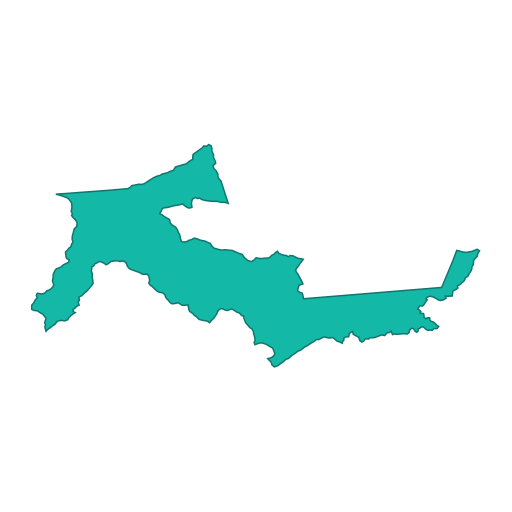 outline of Pilar de Goiás, Goiás, Brazil, rotated 91°
{"feature_id": "56859067B30351228728682", "entity_name": "Pilar de Goiás", "entity_type": "district", "adm_level": 2, "iso_a3": "BRA", "parent_name": "Brazil", "parent_adm1": "Goiás", "projection": "robinson", "projection_center": [-49.514, -14.535], "detail": "fine", "context": "isolated", "style": "filled", "palette": "teal", "viewbox_px": 512, "rotation_deg": 91, "n_neighbors": 0, "source": "geoboundaries", "source_scale": "gbopen_adm2", "svg_char_len": 6086}
<svg xmlns="http://www.w3.org/2000/svg" viewBox="0 0 512 512"><g transform="rotate(91 256 256)"><path d="M246.9,32.6L245.4,34.9L246.3,37.1L247.5,39.7L248.6,45.0L248.6,48.5L248.0,50.7L247.3,53.1L246.9,55.4L258.1,59.4L284.2,69.8L293.7,165.1L297.9,207.7L295.9,208.1L293.9,208.6L292.0,209.5L291.7,211.5L290.1,213.8L288.3,213.6L286.4,212.9L284.7,212.7L283.0,208.6L280.8,209.6L274.3,213.2L271.8,215.1L269.8,216.1L267.8,215.5L265.6,213.6L262.9,212.0L260.3,210.0L258.5,208.7L257.9,210.7L257.8,213.2L256.9,215.5L255.3,218.7L254.9,221.7L256.2,223.8L255.0,225.5L254.8,227.6L254.1,230.5L252.9,233.3L250.9,234.7L252.3,236.6L253.9,238.1L255.1,240.4L256.6,241.7L257.9,243.5L257.9,246.5L258.5,250.8L258.2,253.8L257.7,255.8L259.8,257.7L261.6,260.3L260.8,263.9L258.2,267.2L256.3,268.7L254.7,269.7L253.7,273.0L252.3,276.4L250.9,279.7L250.6,283.1L250.3,286.9L250.7,290.6L249.9,294.2L248.9,298.1L246.7,300.4L244.2,301.9L243.0,305.1L241.9,307.4L241.5,310.2L240.8,313.0L239.9,314.9L239.2,318.0L240.9,321.1L241.4,323.1L242.6,325.0L243.4,329.1L242.5,331.1L238.7,332.1L235.8,332.7L233.8,334.1L231.6,334.8L229.9,335.9L228.4,337.0L227.0,339.6L224.8,342.2L221.0,343.1L219.2,346.6L217.8,348.8L216.1,351.2L215.2,353.1L212.5,351.4L210.2,350.5L209.4,348.5L209.2,346.4L208.6,343.7L207.2,339.1L206.2,333.5L205.2,330.5L207.5,327.4L208.9,325.2L209.2,322.8L208.3,320.8L206.5,321.2L204.5,321.4L202.1,321.2L199.7,320.0L198.6,317.5L199.6,315.6L199.1,313.2L200.4,311.4L201.3,308.2L202.0,302.6L202.1,297.6L202.0,295.4L202.7,293.2L202.9,290.4L202.9,287.7L203.9,284.7L181.7,292.3L178.8,294.9L176.6,295.6L174.8,295.5L173.3,296.4L171.4,297.4L169.2,299.7L166.5,300.6L164.1,297.9L160.9,298.8L158.5,300.2L155.5,300.2L152.0,302.0L149.4,301.9L146.5,302.9L145.4,305.3L147.2,307.2L146.8,310.1L148.9,311.7L150.4,313.8L152.3,316.3L154.0,318.8L155.5,320.7L158.3,321.0L160.5,320.9L161.3,322.6L162.9,324.9L165.1,327.3L165.9,330.5L166.8,332.9L167.6,335.9L168.4,338.1L170.1,339.1L171.8,340.1L173.0,343.6L174.3,345.9L174.9,348.2L175.7,351.3L177.1,353.4L177.8,356.1L179.4,359.6L181.6,363.0L185.7,369.1L186.4,371.4L186.3,374.5L186.9,377.2L187.4,379.3L187.7,381.3L189.7,383.2L190.9,385.5L192.7,402.8L193.0,405.8L197.7,457.2L198.5,453.7L199.9,449.3L201.3,445.5L202.7,443.8L204.8,442.2L206.6,441.2L210.6,440.9L214.6,441.5L217.1,440.3L218.7,441.1L221.3,439.1L223.0,437.0L225.9,435.4L229.7,435.8L232.1,438.3L235.9,439.1L238.1,439.7L239.9,440.1L242.8,440.1L245.1,439.1L247.4,440.6L249.9,441.1L251.6,443.4L253.1,444.3L255.4,446.6L258.2,446.1L260.6,445.9L262.1,444.9L262.9,442.8L265.6,443.3L267.2,446.6L268.4,448.8L270.3,450.6L271.5,453.2L272.4,455.5L274.5,457.0L278.2,458.5L281.4,458.5L284.3,459.1L288.0,457.8L290.1,458.3L292.4,460.4L293.8,462.5L294.3,464.4L296.6,466.4L297.4,468.1L297.7,470.2L297.0,473.9L299.3,475.0L301.5,474.0L304.2,476.2L306.9,477.5L308.9,479.3L311.4,479.4L313.3,479.3L314.3,477.1L314.7,473.4L316.3,471.2L318.0,468.0L321.9,464.8L326.4,466.2L328.6,465.2L330.2,465.9L332.1,465.5L335.0,464.6L333.1,463.0L330.3,459.2L328.9,457.6L327.6,455.6L325.5,454.2L324.3,452.5L323.8,449.5L324.2,446.0L323.1,443.3L320.7,441.9L317.6,438.6L315.7,435.8L314.8,437.7L312.7,438.0L311.1,435.9L309.3,434.2L308.2,432.0L305.1,433.0L303.2,431.7L300.3,432.5L298.6,429.3L296.0,426.9L294.3,424.8L292.2,423.0L290.1,421.2L286.4,418.4L281.9,419.0L280.2,419.4L276.6,419.3L273.9,420.5L271.6,420.0L269.7,419.9L268.6,417.9L266.6,417.0L265.3,414.2L264.2,412.5L264.8,410.1L266.1,407.4L267.4,405.8L266.4,403.8L264.2,401.2L263.4,397.9L263.2,394.5L263.9,391.9L263.3,389.9L263.8,387.3L266.0,385.2L268.2,384.6L270.1,383.2L271.4,381.5L272.4,378.5L274.7,371.8L276.1,369.5L276.2,366.9L276.2,364.2L278.1,362.8L280.2,362.4L282.1,361.8L284.9,362.8L287.1,361.2L288.2,359.4L291.5,355.9L293.5,353.4L294.2,350.5L294.7,348.3L296.4,346.4L298.2,345.9L300.2,344.6L301.8,342.9L304.0,341.1L305.2,339.5L305.1,337.2L304.1,332.9L306.6,328.9L306.5,325.7L306.0,323.1L310.5,322.3L312.4,321.5L314.7,318.1L316.5,316.6L317.6,314.6L320.4,311.8L321.2,308.4L322.0,303.4L323.5,301.3L320.9,299.1L318.6,296.9L315.1,294.5L312.5,293.5L310.4,292.1L309.2,290.1L309.7,287.7L310.7,285.7L311.0,283.4L309.9,281.0L309.4,279.0L312.5,274.1L313.5,271.3L315.8,269.4L316.2,267.5L318.4,267.0L320.8,266.1L322.9,265.1L324.3,263.9L327.7,260.9L329.0,258.8L331.4,257.4L334.1,256.8L337.0,256.0L340.5,255.4L342.6,256.4L344.7,255.5L343.1,251.4L342.7,248.9L344.2,243.9L345.6,241.8L347.8,237.7L353.1,235.5L355.1,236.2L357.0,238.3L357.9,240.4L358.4,242.5L360.5,240.5L361.8,239.0L364.6,238.1L366.6,235.8L365.3,232.3L363.2,229.7L362.1,227.9L360.4,226.0L358.7,224.2L358.0,221.9L356.3,220.0L354.7,218.4L353.7,216.8L352.4,214.9L350.5,212.5L349.4,209.8L347.3,207.1L346.0,205.6L344.9,203.3L343.1,200.9L340.2,196.1L338.6,194.5L338.4,191.5L336.5,188.3L335.7,186.4L336.2,184.4L336.7,181.9L336.5,179.5L336.3,177.6L338.1,175.3L339.7,173.5L340.6,170.6L341.7,168.2L339.9,167.9L338.6,166.7L336.5,166.7L335.3,164.7L335.2,162.0L332.1,161.3L330.7,160.0L329.8,158.0L332.5,157.5L334.0,154.7L335.6,151.8L338.8,150.7L340.3,148.6L338.9,146.6L336.9,145.3L337.0,141.8L335.6,140.4L335.8,137.4L334.9,134.5L333.4,130.8L332.7,128.8L333.3,125.9L331.8,124.7L330.4,123.4L330.2,121.3L328.8,119.6L330.5,118.8L332.2,118.2L331.5,116.0L331.8,113.8L331.4,110.2L331.1,107.0L331.4,103.5L329.9,101.6L327.5,101.1L325.6,99.2L325.9,97.1L328.2,95.9L329.5,94.0L328.2,92.6L326.2,92.7L325.1,90.6L323.7,88.6L324.7,86.6L326.1,85.2L327.3,83.0L327.0,80.6L327.3,78.5L325.5,76.9L325.4,73.6L323.2,72.1L322.1,74.0L320.6,75.4L318.8,77.7L318.3,79.8L316.9,81.1L314.8,81.3L314.7,83.6L315.9,85.2L314.3,86.9L312.2,87.0L310.6,87.6L310.4,91.0L308.6,90.2L307.3,91.6L306.1,93.4L304.4,92.3L302.9,91.1L303.2,88.7L301.5,87.1L299.0,85.6L296.8,84.0L295.7,85.5L294.3,84.2L293.1,81.3L293.7,78.7L294.5,77.0L295.4,75.0L296.6,73.3L297.3,71.0L296.6,67.8L294.8,65.2L292.8,65.9L292.9,63.8L292.6,59.1L287.6,58.5L286.6,56.7L285.6,54.9L284.4,53.6L282.3,54.1L280.9,51.3L279.2,49.8L277.7,47.9L276.0,46.8L274.1,46.3L272.6,43.8L269.7,42.4L267.3,40.9L265.3,40.0L263.2,40.0L260.8,38.5L259.0,38.4L257.0,38.4L254.9,37.1L252.4,34.7L250.3,34.5L248.5,33.6L246.9,32.6Z" fill="#14b8a6" stroke="#0f766e" stroke-width="1.5"/></g></svg>